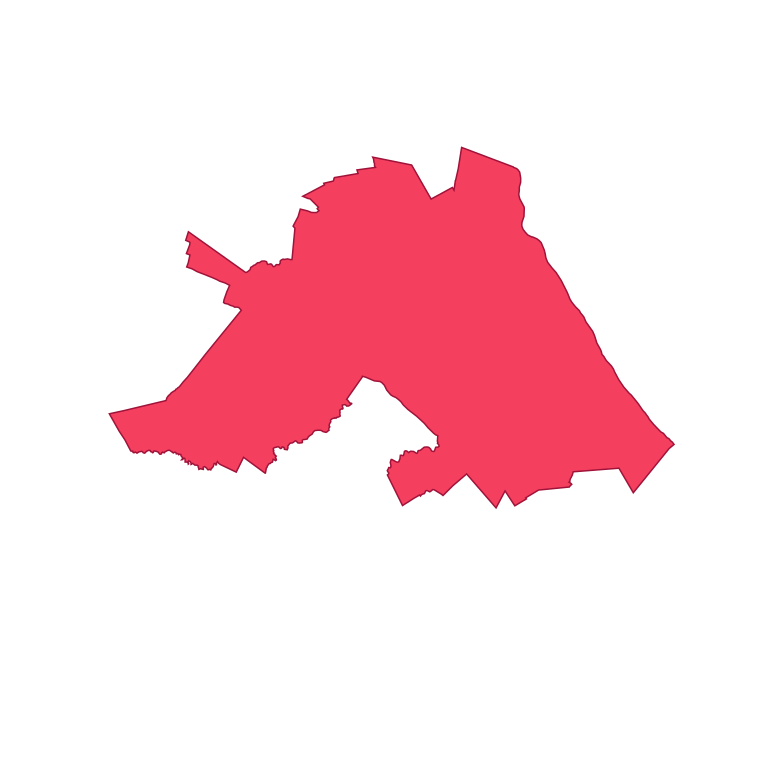 outline of Belint, Timis, Romania, rotated 231°
{"feature_id": "2599482B7232591978700", "entity_name": "Belint", "entity_type": "district", "adm_level": 2, "iso_a3": "ROU", "parent_name": "Romania", "parent_adm1": "Timis", "projection": "equal_earth", "projection_center": [21.773, 45.781], "detail": "fine", "context": "isolated", "style": "filled", "palette": "rose", "viewbox_px": 768, "rotation_deg": 231, "n_neighbors": 0, "source": "geoboundaries", "source_scale": "gbopen_adm2", "svg_char_len": 6171}
<svg xmlns="http://www.w3.org/2000/svg" viewBox="0 0 768 768"><g transform="rotate(231 384 384)"><path d="M468.0,622.6L470.7,621.1L471.3,621.1L519.0,593.2L504.6,577.2L497.5,568.2L497.2,567.5L490.6,560.4L493.7,560.8L498.1,537.0L536.8,543.3L567.4,518.0L565.5,517.5L562.7,515.8L561.2,515.3L559.5,513.9L557.7,513.7L567.4,497.7L563.9,496.3L575.6,475.4L575.3,474.6L574.0,473.1L573.7,472.2L577.9,463.5L576.2,463.1L581.0,439.0L576.1,441.6L574.4,443.1L562.6,444.3L562.3,442.4L559.6,442.5L559.7,439.5L562.8,435.7L566.7,433.5L572.6,429.0L568.2,422.7L563.9,412.7L561.1,412.8L538.6,390.8L539.6,389.6L541.9,387.8L543.5,385.0L544.6,384.1L545.0,382.4L545.0,381.0L544.5,380.3L543.3,379.5L542.7,377.5L544.5,375.5L544.6,375.2L544.2,373.6L544.5,372.3L545.2,371.8L547.6,372.0L548.5,371.7L550.1,368.9L551.0,368.9L552.5,369.6L553.2,369.6L554.9,368.4L556.5,366.2L556.7,363.6L557.7,362.2L557.8,361.7L557.7,358.8L558.2,357.5L558.2,355.7L558.5,353.8L557.1,351.9L557.1,348.4L557.5,347.0L558.2,346.5L625.4,327.8L620.4,320.3L616.8,322.2L615.9,322.2L614.2,320.2L609.7,312.5L606.4,314.4L601.3,308.0L599.1,304.3L594.1,307.4L589.1,309.4L575.0,317.4L570.1,319.9L567.2,321.1L562.5,324.1L557.8,326.1L554.6,319.9L550.2,312.8L548.3,310.6L546.8,311.0L544.5,312.9L541.6,314.2L539.5,315.7L537.8,316.2L536.1,318.3L534.8,319.3L531.1,319.5L519.5,264.1L512.9,235.3L512.0,229.3L510.6,223.1L510.8,221.4L510.6,220.0L510.9,218.9L510.4,217.5L510.8,215.8L511.0,212.8L510.5,210.4L510.7,209.5L509.9,206.6L508.3,204.2L527.0,165.1L533.7,151.8L513.9,148.5L503.6,147.5L491.6,145.1L491.2,145.1L489.7,146.5L488.8,145.9L488.4,146.0L487.7,146.8L487.7,147.6L487.5,148.0L485.7,148.5L485.4,151.0L484.0,153.5L483.0,153.7L482.2,153.6L481.0,154.3L480.8,154.9L481.1,156.7L480.9,158.3L480.4,159.5L479.6,160.4L478.3,160.1L477.6,160.7L476.2,160.9L476.0,161.5L476.7,163.1L476.3,163.6L473.6,165.6L470.6,165.6L470.1,166.1L469.8,166.8L469.9,167.4L470.4,167.9L470.5,168.9L468.8,169.9L469.1,170.9L468.7,173.3L468.2,174.7L467.3,175.7L464.7,176.4L465.4,176.6L463.5,176.7L463.0,177.1L462.6,178.6L461.7,179.1L460.4,178.6L459.5,180.1L458.3,179.9L458.0,181.0L457.0,181.7L456.0,181.1L453.2,181.0L452.8,180.3L452.5,179.1L452.0,179.9L452.3,181.8L451.7,182.3L450.5,181.9L448.5,180.3L447.3,181.8L446.0,182.1L444.9,181.5L444.9,182.0L445.3,182.3L446.9,182.5L447.2,183.9L445.6,184.6L443.8,184.2L442.9,183.4L442.7,183.9L443.1,184.5L442.6,185.4L440.1,185.9L438.3,187.8L437.7,188.0L434.1,186.4L433.7,188.0L431.3,189.8L431.5,190.2L432.6,190.5L433.1,191.2L432.7,192.6L430.3,193.2L428.3,193.1L427.6,193.9L427.3,195.0L426.3,195.3L426.7,195.9L426.7,196.6L427.1,197.7L427.0,198.0L427.3,199.3L429.0,201.9L428.6,202.6L427.8,202.8L426.8,202.5L426.7,203.0L427.6,203.6L428.5,205.7L426.5,205.6L424.5,206.1L408.5,213.7L415.4,228.7L389.5,235.5L389.4,235.8L389.8,236.3L392.7,239.6L392.8,240.5L393.7,241.9L394.4,244.4L394.4,244.8L393.9,245.3L393.9,247.3L393.5,248.1L395.2,250.5L394.6,251.0L392.7,251.4L392.6,252.2L393.2,253.0L395.1,253.2L395.8,254.9L397.0,254.4L398.1,254.9L399.3,254.4L400.2,255.5L401.2,255.6L401.6,255.9L401.8,256.6L403.3,257.0L403.5,257.4L403.6,258.4L402.0,262.1L401.2,262.6L399.1,262.9L398.8,263.2L398.6,264.1L399.2,265.0L398.8,265.7L397.4,266.3L395.9,265.5L393.8,267.4L394.6,268.9L396.4,270.4L397.1,273.8L395.8,275.9L395.6,279.4L394.6,279.9L392.6,279.9L391.5,280.8L389.9,283.4L390.1,284.0L391.4,284.8L391.7,285.4L391.5,286.4L390.7,287.5L389.6,289.7L390.4,291.5L390.6,293.1L390.3,296.6L391.2,299.0L391.4,300.8L389.6,303.7L387.9,305.5L387.2,306.1L385.6,306.5L382.9,308.5L382.6,310.0L382.8,311.0L382.6,312.1L383.6,312.6L384.4,313.5L384.8,314.9L386.0,315.0L387.3,316.5L388.1,318.9L389.6,319.7L389.7,321.1L389.3,323.0L388.7,323.6L388.7,324.6L387.6,325.1L387.8,326.3L387.0,327.8L386.6,329.5L387.2,330.2L388.4,330.6L389.5,331.9L391.5,333.1L391.4,335.4L390.6,336.0L390.7,336.6L391.4,337.1L393.1,337.7L393.8,338.3L392.6,340.7L392.0,341.0L390.3,341.1L389.4,342.3L389.0,343.5L389.0,346.5L389.4,346.6L390.8,345.5L394.3,345.6L395.6,345.3L403.0,371.2L403.6,372.1L400.7,374.1L392.6,378.4L388.4,382.5L386.3,383.2L382.9,383.5L377.5,382.3L371.4,382.4L369.2,383.1L365.8,384.8L362.8,385.5L359.3,386.0L355.7,385.8L349.0,386.6L338.4,389.1L328.1,390.6L322.4,390.7L314.5,391.6L312.1,392.1L310.0,393.3L305.9,389.4L304.6,389.0L304.3,388.2L302.2,388.3L300.9,387.6L301.0,386.1L302.2,384.7L302.2,384.2L300.4,381.4L300.2,380.2L301.6,379.0L302.6,378.9L304.0,379.3L305.9,379.1L306.8,378.8L308.0,377.8L309.6,375.5L309.6,370.5L310.7,368.6L309.7,367.0L309.4,366.0L310.0,365.5L312.9,364.6L315.0,362.4L315.2,361.2L315.1,360.1L317.4,359.6L318.4,358.9L318.8,357.9L318.7,357.3L317.5,356.0L316.2,354.1L316.4,353.6L317.8,352.6L318.3,351.8L315.9,349.4L314.3,346.5L314.7,345.4L315.6,344.6L320.4,342.6L320.8,342.1L320.7,341.8L319.1,339.5L316.4,338.2L315.1,336.9L315.0,336.3L316.1,335.1L315.1,333.4L314.8,332.2L313.8,331.8L311.7,331.7L311.2,330.8L311.2,329.4L277.9,321.9L276.3,335.8L275.3,341.8L274.0,341.8L274.3,343.0L274.2,344.5L273.4,346.4L274.6,349.1L274.6,349.8L273.8,350.6L271.5,351.6L271.2,352.6L271.3,355.4L270.3,356.4L262.4,359.2L260.2,359.7L261.6,373.5L262.1,391.6L217.2,393.1L224.7,410.8L207.0,409.0L205.1,422.4L206.4,422.5L206.3,423.1L204.3,437.4L187.3,463.2L187.6,463.9L187.9,466.8L189.3,466.7L191.3,466.0L191.2,467.0L192.7,468.5L194.7,473.0L196.7,475.8L170.7,513.6L142.6,509.3L154.4,565.0L154.5,571.4L157.3,571.5L159.8,571.0L161.3,571.1L162.3,571.0L164.3,570.1L169.9,570.1L171.9,569.2L173.4,568.9L182.8,568.1L189.7,568.0L192.9,568.6L195.3,568.5L196.4,568.8L200.5,568.5L209.0,569.2L219.7,569.2L222.6,568.7L230.7,568.4L239.9,569.2L248.6,570.9L251.1,571.7L254.8,572.1L262.4,571.5L267.3,572.2L269.8,572.0L272.4,573.3L274.4,573.9L281.9,575.2L288.9,578.0L293.5,579.3L305.1,580.0L310.4,581.5L315.9,581.5L317.9,582.0L323.6,581.4L329.0,581.4L332.9,581.9L339.7,584.0L353.1,586.9L362.4,587.9L368.8,587.6L375.7,587.8L380.2,589.2L383.7,591.2L387.4,592.9L394.9,595.1L397.6,594.9L400.6,594.2L404.8,592.0L405.4,591.3L409.4,589.5L413.6,589.3L416.6,589.4L419.8,590.4L421.2,591.4L422.9,593.1L426.1,598.2L432.3,603.6L433.5,604.3L442.3,606.0L445.2,607.3L446.7,608.2L449.1,610.8L451.9,613.1L454.7,617.1L458.1,619.9L463.3,622.8L466.4,622.9L468.0,622.6Z" fill="#f43f5e" stroke="#9f1239" stroke-width="1.5"/></g></svg>